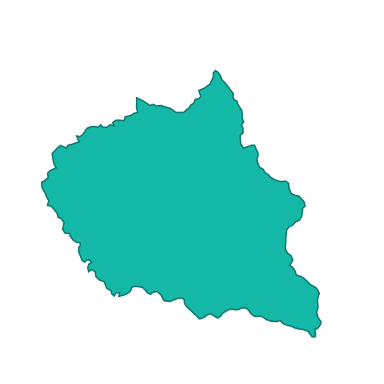 Itapira, São Paulo, Brazil (Mercator projection), rotated 280°
{"feature_id": "56859067B4664516134209", "entity_name": "Itapira", "entity_type": "district", "adm_level": 2, "iso_a3": "BRA", "parent_name": "Brazil", "parent_adm1": "São Paulo", "projection": "mercator", "projection_center": [-46.772, -22.437], "detail": "fine", "context": "isolated", "style": "filled", "palette": "teal", "viewbox_px": 384, "rotation_deg": 280, "n_neighbors": 0, "source": "geoboundaries", "source_scale": "gbopen_adm2", "svg_char_len": 3153}
<svg xmlns="http://www.w3.org/2000/svg" viewBox="0 0 384 384"><g transform="rotate(280 192 192)"><path d="M216.5,61.7L213.6,60.8L214.2,58.0L215.0,54.5L211.9,51.7L209.3,50.1L205.7,47.6L201.8,48.9L198.2,50.1L194.9,51.7L192.2,54.0L190.5,51.5L188.3,48.5L185.5,46.5L181.3,47.9L177.8,45.1L175.5,42.3L170.6,43.4L168.4,45.1L165.1,47.8L161.0,50.4L158.9,52.5L153.6,52.0L153.7,55.6L150.7,59.4L147.3,63.1L143.6,64.7L143.2,67.7L139.7,71.3L132.8,71.2L129.5,73.9L129.9,78.4L127.0,80.0L124.1,83.2L122.4,87.3L122.7,90.7L120.0,91.3L117.6,90.0L113.1,91.0L109.0,93.6L105.6,95.6L104.2,98.4L106.7,100.0L107.1,103.1L104.9,105.3L103.0,102.9L99.3,102.5L95.6,104.1L98.3,106.5L96.6,110.6L92.1,112.0L89.5,115.5L88.8,118.3L88.4,121.3L85.2,123.0L82.1,125.1L80.9,129.3L77.7,130.7L76.1,133.4L79.6,134.8L80.0,138.3L76.5,138.1L78.7,142.7L80.6,145.8L83.6,148.5L87.7,149.4L89.2,152.2L89.5,155.8L89.5,159.8L87.3,162.9L84.9,165.7L84.1,168.8L86.4,170.9L88.0,174.9L85.1,179.5L82.1,181.6L80.0,183.6L80.3,189.1L82.6,192.9L84.4,195.5L86.0,200.7L84.5,203.1L80.9,204.0L78.1,206.8L68.3,221.6L70.9,226.0L73.7,228.3L75.2,231.5L73.5,236.1L72.3,239.3L74.5,241.6L77.9,243.1L82.1,248.0L83.5,250.8L83.6,254.6L84.1,257.9L86.4,261.0L87.1,265.5L85.4,268.4L82.6,270.9L80.5,274.4L80.8,277.7L81.6,282.4L79.4,287.2L78.4,292.5L79.3,298.8L80.9,301.0L78.3,304.3L77.2,309.2L77.1,313.3L75.9,317.2L75.7,321.2L75.9,325.1L75.0,330.6L72.6,332.9L70.1,335.6L71.0,338.6L73.9,338.3L77.6,336.9L80.0,339.7L83.2,341.3L86.4,341.7L88.4,339.8L91.0,337.3L95.5,335.6L98.6,336.1L101.5,335.9L106.0,334.5L110.7,334.3L114.1,335.0L117.2,332.9L119.2,330.7L121.8,323.9L123.7,321.5L125.3,318.8L127.0,316.3L127.9,312.9L128.3,309.2L132.6,306.9L135.5,303.9L136.8,300.9L139.5,302.0L142.7,303.1L146.7,300.3L148.2,297.0L151.9,293.8L155.0,293.4L159.5,293.0L163.1,292.3L166.4,292.2L171.0,291.8L174.5,293.6L177.2,297.2L180.2,298.8L183.1,302.8L186.8,304.2L191.7,304.2L195.5,303.7L197.5,305.8L201.9,304.0L204.8,300.2L206.5,298.1L206.6,293.8L207.9,289.8L212.7,286.9L217.3,285.6L219.0,282.5L217.7,278.1L217.9,273.9L218.7,270.6L220.2,266.6L222.2,264.4L223.7,260.6L226.7,258.2L228.0,254.3L231.6,251.9L235.8,250.1L239.5,250.8L242.1,250.0L244.8,248.1L249.0,245.4L248.1,241.8L245.8,238.1L244.3,235.1L248.0,231.6L252.5,230.4L256.0,229.6L259.3,232.1L263.8,231.0L267.1,229.0L269.8,230.7L273.8,228.5L277.6,227.9L281.1,226.8L283.0,224.9L286.6,221.7L289.5,220.2L290.4,217.0L292.8,215.8L296.0,215.6L298.3,213.0L301.2,210.1L305.0,205.9L307.7,202.0L311.4,199.8L314.3,197.1L315.7,194.0L313.1,192.3L309.0,193.1L305.9,192.2L301.0,190.8L299.2,188.6L296.5,186.3L293.1,181.1L287.6,184.1L284.7,182.2L284.0,179.2L279.6,178.1L277.0,175.4L274.1,174.5L272.1,172.4L268.9,169.9L267.6,162.3L270.6,156.2L271.2,149.6L271.9,146.8L270.5,142.1L271.6,138.6L269.9,135.5L273.1,128.5L274.1,124.8L275.2,121.1L270.2,122.1L266.0,122.6L260.7,124.6L259.4,121.1L257.2,119.1L254.2,113.0L250.5,112.8L250.1,108.2L249.5,104.6L246.7,101.9L243.5,103.5L244.2,100.0L240.9,96.8L240.3,93.2L242.2,90.3L239.4,88.0L239.5,84.3L238.7,81.1L236.5,77.5L233.0,76.0L229.0,74.1L227.1,71.8L227.1,68.6L224.3,70.4L221.7,72.1L219.7,68.3L218.0,65.3L216.5,61.7Z" fill="#14b8a6" stroke="#0f766e" stroke-width="1.5"/></g></svg>